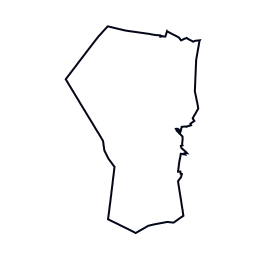 Reusel-De Mierden, Noord-Brabant, Netherlands, rotated 10°
{"feature_id": "6326949B37702767177993", "entity_name": "Reusel-De Mierden", "entity_type": "district", "adm_level": 2, "iso_a3": "NLD", "parent_name": "Netherlands", "parent_adm1": "Noord-Brabant", "projection": "mercator", "projection_center": [5.161, 51.371], "detail": "fine", "context": "isolated", "style": "outline", "palette": "ink", "viewbox_px": 256, "rotation_deg": 10, "n_neighbors": 0, "source": "geoboundaries", "source_scale": "gbopen_adm2", "svg_char_len": 4783}
<svg xmlns="http://www.w3.org/2000/svg" viewBox="0 0 256 256"><g transform="rotate(10 128 128)"><path d="M90.4,31.4L87.1,36.5L85.0,39.9L84.0,41.5L83.3,42.5L83.2,42.7L80.7,47.3L79.5,49.6L76.1,56.1L71.5,65.0L71.4,65.2L71.3,65.4L67.6,72.5L67.5,72.8L67.2,73.4L67.1,73.5L65.4,76.9L63.6,80.3L63.2,81.1L60.0,87.3L58.2,90.8L59.8,92.6L61.7,94.8L62.2,95.4L68.8,102.9L69.2,103.4L70.2,104.5L70.4,104.8L71.4,105.9L71.7,106.3L72.0,106.5L73.0,107.7L73.6,108.4L75.0,110.0L77.3,112.7L78.5,114.0L82.2,118.3L82.4,118.4L83.9,120.2L88.1,125.0L88.6,125.5L89.7,126.8L90.8,128.0L94.7,132.5L94.8,132.6L96.4,134.5L98.1,136.4L99.2,137.6L99.3,137.7L100.7,139.3L101.6,140.4L102.2,141.0L103.4,142.4L104.3,143.5L104.9,144.2L105.2,144.5L105.4,144.8L105.6,145.0L105.8,145.4L105.8,145.5L105.9,145.9L106.2,146.7L106.2,146.8L106.4,147.3L106.5,147.5L106.6,147.8L106.7,148.3L107.2,150.0L107.5,150.7L107.5,150.8L107.9,151.9L107.9,152.0L108.3,153.3L108.6,154.2L109.2,155.1L109.3,155.1L109.4,155.3L110.3,156.5L110.5,156.7L110.5,156.8L111.5,158.1L111.7,158.5L111.8,158.5L112.2,159.0L112.4,159.4L112.5,159.5L113.4,160.7L114.0,161.5L114.6,162.1L115.5,163.0L116.2,163.6L116.3,163.7L116.8,164.2L117.0,164.4L117.6,164.9L119.3,166.6L119.7,167.0L119.8,167.1L121.5,168.6L121.5,170.1L121.7,172.4L121.7,173.4L121.8,174.2L121.8,174.3L122.0,178.3L122.1,179.7L122.1,180.8L122.2,182.7L122.3,183.8L122.4,184.9L122.5,187.2L122.8,193.3L123.0,196.0L123.1,199.3L123.2,200.3L123.4,203.8L123.5,206.5L123.5,207.3L123.9,214.0L123.9,214.3L124.0,217.5L124.2,221.4L125.4,221.7L126.3,222.0L127.1,222.2L130.2,223.1L134.8,224.4L139.1,225.7L146.5,227.8L148.1,228.3L151.0,229.2L151.9,229.5L153.8,230.1L159.3,225.5L162.7,222.7L164.7,220.9L167.1,219.9L167.3,219.7L169.0,219.0L169.2,218.9L169.7,218.7L173.1,217.4L183.0,213.7L186.2,213.5L189.3,213.3L193.2,209.4L193.9,208.6L197.8,204.8L197.6,204.3L196.3,200.4L196.3,200.2L195.2,197.2L194.7,195.7L194.2,194.3L193.7,192.8L193.3,191.5L187.9,175.9L187.1,173.6L187.1,173.4L186.5,171.7L188.8,167.1L188.8,166.9L189.0,163.9L188.8,163.9L188.8,164.0L188.7,164.0L187.9,164.1L187.1,161.8L186.5,162.0L184.9,162.4L184.8,162.2L184.7,158.0L184.6,157.0L184.5,155.1L184.5,154.0L184.4,153.3L184.4,153.2L184.4,152.5L184.4,150.3L184.4,149.8L184.4,149.6L184.5,149.6L184.5,149.4L184.5,146.8L184.5,144.7L184.5,144.2L187.0,144.2L189.0,144.2L188.4,143.5L188.1,143.1L189.1,142.7L190.2,142.4L190.3,142.4L189.3,141.6L189.1,141.5L188.9,141.3L188.6,141.2L187.8,140.7L185.5,139.3L184.7,138.9L184.4,138.6L184.2,138.4L183.9,138.0L183.1,136.5L183.2,136.4L184.6,135.6L184.4,135.4L184.2,135.2L184.2,134.9L184.1,134.1L184.0,133.4L183.9,132.0L183.9,131.9L183.8,130.3L183.8,129.9L183.7,129.6L183.6,129.0L183.3,127.3L183.2,127.1L183.0,126.8L182.9,126.7L180.9,125.3L179.9,124.6L179.4,124.3L177.6,122.9L177.4,122.8L176.7,122.3L176.5,122.2L176.4,122.0L175.8,121.1L175.3,120.5L175.5,120.4L176.8,120.2L177.2,120.3L177.4,120.3L177.6,120.4L177.8,120.4L178.1,120.6L178.1,120.8L178.4,121.0L178.7,121.2L179.8,122.2L180.3,122.6L180.5,121.1L180.5,120.9L180.5,120.3L180.5,119.8L180.5,119.7L180.5,119.4L180.5,119.1L180.6,118.7L180.7,118.2L180.8,118.1L180.7,117.5L180.9,117.4L182.7,117.0L183.3,116.8L185.1,116.4L185.5,116.3L185.6,116.5L186.2,116.1L186.6,115.9L187.5,115.3L187.7,115.2L187.9,115.3L189.7,114.3L188.7,112.9L189.7,111.9L190.3,111.4L192.1,109.5L190.8,108.2L190.4,107.8L190.4,107.7L190.5,107.2L190.3,106.7L190.2,106.7L190.5,105.9L190.5,105.7L190.6,105.4L190.7,105.1L191.4,103.5L192.8,99.5L192.8,99.4L193.8,96.7L193.1,94.6L191.9,91.4L191.3,89.9L191.0,89.1L190.8,88.8L189.6,85.5L189.5,85.3L188.0,81.7L187.8,81.0L187.4,80.1L187.4,79.8L187.3,79.4L187.2,78.4L187.0,76.8L186.8,75.2L186.7,74.3L186.5,73.5L186.4,72.4L186.4,72.1L185.7,67.3L185.2,63.4L185.2,63.1L184.6,59.1L184.6,58.7L184.3,56.6L184.3,56.4L184.2,56.0L184.0,54.4L184.0,54.2L183.7,51.7L183.6,51.4L183.6,51.2L183.4,49.7L183.3,49.4L183.3,48.6L183.3,48.3L183.3,47.0L183.3,46.7L183.3,44.0L183.3,43.3L183.3,31.5L183.2,30.0L183.3,29.8L183.5,29.2L183.2,29.3L182.7,29.4L182.0,29.6L180.2,30.1L179.9,30.2L179.5,30.3L179.0,30.5L178.2,31.0L177.4,31.5L177.2,31.7L176.2,31.3L175.3,31.0L173.8,30.6L173.4,30.5L172.9,30.3L171.4,29.7L170.1,29.1L169.8,29.4L169.6,29.6L169.0,29.9L168.5,30.0L167.5,30.7L167.5,30.8L165.1,32.5L163.3,30.9L162.3,30.0L160.8,29.5L158.3,28.7L156.5,28.2L150.9,26.4L149.7,26.0L149.6,25.9L149.0,31.1L148.9,31.5L148.7,31.6L145.7,31.6L145.7,31.4L145.7,31.2L145.7,31.4L145.6,31.5L145.4,31.5L145.1,31.6L145.1,31.9L144.8,31.8L144.6,31.6L144.4,31.6L144.2,31.6L144.2,31.8L144.3,31.9L144.3,32.1L144.2,32.2L144.0,32.3L143.9,32.4L143.2,31.3L143.2,31.2L141.6,31.4L139.6,31.6L138.9,31.7L133.4,31.7L132.1,31.6L131.9,31.6L131.5,31.7L122.6,32.0L119.4,32.1L116.7,32.2L112.1,32.4L110.1,32.4L108.7,32.5L105.4,32.3L105.2,32.3L104.3,32.2L101.8,32.1L90.4,31.4Z" fill="none" stroke="#020617" stroke-width="2"/></g></svg>